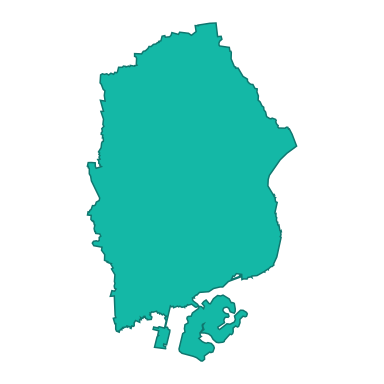 Kota Denpasar, Bali, Indonesia
{"feature_id": "22746128B89164850776530", "entity_name": "Kota Denpasar", "entity_type": "district", "adm_level": 2, "iso_a3": "IDN", "parent_name": "Indonesia", "parent_adm1": "Bali", "projection": "orthographic", "projection_center": [115.218, -8.672], "detail": "fine", "context": "isolated", "style": "filled", "palette": "teal", "viewbox_px": 384, "rotation_deg": 0, "n_neighbors": 0, "source": "geoboundaries", "source_scale": "gbopen_adm2", "svg_char_len": 5994}
<svg xmlns="http://www.w3.org/2000/svg" viewBox="0 0 384 384"><path d="M115.7,323.7L115.7,329.2L116.5,331.1L119.2,332.2L119.4,331.4L118.6,331.1L119.6,330.9L120.5,329.5L121.8,329.8L121.7,328.7L123.3,328.2L122.8,327.5L126.7,326.9L126.8,326.0L127.6,326.1L127.8,327.1L128.9,326.5L130.4,326.9L130.1,328.0L131.0,328.5L131.9,325.9L133.3,326.4L134.2,325.8L134.2,322.8L135.6,320.5L139.7,322.3L139.6,319.5L141.2,319.7L140.7,317.7L141.7,318.6L142.0,318.1L142.9,318.3L143.0,317.3L144.2,317.3L144.0,316.4L144.9,316.3L145.7,318.4L147.1,319.0L147.3,319.8L151.3,319.4L151.9,317.0L149.8,314.9L150.6,314.5L150.0,313.0L150.9,313.0L151.7,311.9L153.0,312.2L156.6,311.2L157.6,313.1L158.9,312.6L159.7,314.0L160.7,313.3L162.3,314.9L163.6,314.1L165.2,315.9L166.6,316.2L164.7,318.0L166.2,320.8L164.5,328.1L159.3,326.7L158.3,327.2L158.2,328.0L153.7,327.0L153.1,329.4L158.7,330.8L157.8,334.9L158.6,335.6L157.4,336.2L156.9,337.4L154.5,347.3L166.2,348.8L165.4,348.4L165.6,346.3L163.9,346.1L163.5,345.1L163.7,344.0L166.6,344.7L169.7,332.1L169.9,330.1L168.4,329.5L167.4,327.3L165.4,327.1L170.4,305.9L171.4,306.8L173.1,306.3L173.6,307.7L177.6,306.1L178.7,306.9L179.8,306.2L181.9,307.3L184.2,306.9L184.7,307.4L184.9,306.3L186.4,306.4L187.5,304.7L188.2,305.1L191.7,304.2L195.4,307.1L196.9,307.1L198.0,306.1L199.0,306.9L198.5,308.5L192.4,313.0L191.2,316.2L188.4,316.4L187.2,317.2L186.9,318.8L188.0,321.1L188.0,323.0L185.0,324.7L184.4,328.7L185.0,332.0L182.7,333.6L179.0,349.0L179.5,351.2L182.0,353.3L193.2,356.3L196.5,357.6L201.1,361.0L202.5,361.0L204.6,359.2L204.4,355.9L209.8,352.0L210.8,352.6L212.9,351.9L214.3,348.0L213.6,345.9L211.4,343.5L207.9,342.6L206.4,343.2L204.7,342.8L202.1,341.5L198.8,338.4L201.3,336.4L200.4,335.9L199.9,333.0L202.9,329.0L202.2,325.5L202.5,324.4L203.9,323.7L202.6,325.7L203.9,329.6L200.7,332.1L200.9,332.9L204.8,333.0L208.5,333.9L211.2,336.0L213.1,339.4L216.4,342.3L218.6,342.7L222.9,342.2L224.2,341.5L224.5,340.3L229.9,334.2L231.5,334.6L232.6,333.6L233.2,331.8L233.1,328.1L235.6,326.0L237.6,327.0L238.6,326.4L240.0,322.7L239.9,319.4L243.0,316.2L245.2,316.8L246.5,316.2L247.3,313.9L246.5,312.4L243.1,310.3L240.5,310.2L234.5,316.0L235.4,319.7L234.2,322.1L230.1,324.2L226.9,323.8L219.6,329.5L218.4,328.8L217.8,327.1L224.5,322.7L223.8,320.0L224.8,317.8L225.8,317.2L228.1,317.3L229.0,316.3L228.3,314.0L225.4,313.3L223.6,311.7L222.8,310.2L223.3,308.8L224.2,307.7L226.9,307.1L228.8,308.3L230.2,311.8L234.2,313.2L235.1,311.6L235.3,309.1L234.3,303.4L232.7,302.6L231.2,302.7L229.2,298.9L223.0,295.1L220.6,296.0L217.6,295.5L213.5,298.7L210.4,303.8L209.1,303.6L206.1,300.0L203.8,301.5L202.1,303.6L204.4,306.2L203.6,308.7L201.4,306.7L198.8,306.2L197.5,304.2L193.4,301.2L192.6,300.0L192.5,297.9L194.4,298.0L194.0,296.8L196.4,294.8L196.9,295.1L199.5,292.4L208.8,291.7L213.6,288.5L219.9,287.0L222.8,287.0L228.4,281.5L241.3,276.7L240.2,274.8L239.0,276.7L231.4,279.4L233.0,276.0L234.3,276.3L236.4,273.6L241.7,274.4L241.9,279.6L243.6,278.9L247.1,279.0L248.0,277.4L251.0,276.9L251.9,277.5L251.5,276.4L252.1,276.0L257.0,275.6L263.8,271.8L264.7,272.1L264.6,271.4L266.5,270.0L267.5,269.3L268.3,269.7L268.3,269.0L270.8,266.7L272.1,266.5L273.9,265.0L273.5,264.1L276.8,257.0L281.1,237.3L280.2,236.7L281.0,234.8L280.6,232.2L281.4,231.9L281.1,230.7L280.7,231.2L279.9,230.5L278.9,225.0L278.3,225.4L277.7,224.5L277.7,222.2L276.9,221.9L276.4,219.9L276.7,217.6L275.9,216.6L276.0,213.5L275.3,213.7L274.9,212.9L277.2,202.4L275.6,201.7L275.0,198.3L275.6,197.7L274.2,196.7L273.7,195.3L274.5,195.1L274.0,194.4L273.3,194.9L267.9,185.9L268.2,179.5L269.4,175.3L280.2,159.8L287.0,153.2L296.6,146.1L292.1,134.3L289.3,128.9L288.6,129.1L287.8,127.3L286.4,127.2L285.0,128.2L278.7,128.0L277.8,127.0L278.2,125.6L276.9,124.5L275.7,121.9L276.2,120.6L275.6,119.4L272.1,118.1L271.1,118.8L269.6,118.5L266.6,116.6L265.6,112.0L263.9,109.8L263.7,107.2L262.0,105.9L260.1,101.9L258.1,100.1L258.4,95.9L256.9,92.0L257.2,88.9L254.9,88.4L252.9,84.5L250.7,84.3L248.8,82.8L247.5,81.2L247.4,79.1L243.0,76.4L238.1,68.1L235.7,68.1L235.6,67.0L234.4,66.7L231.1,58.8L231.3,52.4L230.8,51.2L229.9,51.2L229.3,47.4L219.7,46.0L219.1,45.3L218.9,43.3L219.6,41.3L221.9,39.3L221.1,36.3L217.6,36.6L216.0,23.0L209.7,23.3L198.1,25.1L198.3,25.7L195.2,25.6L196.1,31.6L191.4,35.3L188.6,33.3L179.7,32.2L178.4,34.4L171.9,32.6L171.0,35.4L169.6,36.8L165.3,37.2L164.8,35.6L162.1,36.2L160.9,40.8L158.7,41.4L159.0,42.4L157.3,42.7L155.9,44.0L153.4,44.4L151.2,46.5L149.0,46.5L148.0,48.5L145.3,50.9L143.3,51.3L141.6,53.9L134.6,53.6L134.6,56.4L135.8,56.7L136.6,58.4L136.3,64.0L137.0,65.2L134.7,65.6L134.6,66.2L130.3,65.4L130.1,66.4L129.3,66.7L128.5,66.1L126.0,67.0L125.7,66.4L123.4,66.1L122.4,67.3L118.6,67.3L117.5,71.7L116.7,72.8L114.9,72.3L113.6,74.3L110.9,73.2L108.7,75.0L106.8,73.8L104.4,74.4L102.4,73.8L100.6,74.9L100.1,82.9L101.3,84.3L103.2,89.4L104.9,90.8L104.3,95.4L105.1,101.1L100.4,100.3L103.5,111.3L100.9,111.4L103.5,119.2L102.9,124.5L103.9,126.3L101.8,128.6L102.4,131.4L101.3,132.8L101.2,134.4L102.8,135.0L102.4,137.9L103.2,137.9L103.4,139.8L103.3,141.4L102.3,141.7L101.6,143.1L101.1,147.7L98.5,151.9L99.6,153.0L98.9,154.4L99.9,155.5L99.0,157.1L100.0,159.1L97.8,159.5L98.8,161.1L98.8,163.4L100.0,164.4L99.9,165.5L101.4,166.6L96.2,168.3L95.3,166.3L95.2,162.8L91.0,162.5L88.2,162.6L87.4,166.2L88.4,166.4L88.2,167.7L89.3,168.4L89.3,173.9L90.6,176.1L91.4,180.9L99.7,198.0L99.2,200.5L96.3,202.1L95.4,204.9L94.0,205.7L92.5,205.6L91.1,209.5L89.9,210.3L89.3,212.0L88.1,211.8L87.5,215.0L91.2,215.4L90.9,219.4L91.9,220.7L92.9,220.7L92.9,221.5L93.7,221.6L94.3,224.7L94.9,225.0L94.1,228.6L94.8,231.6L95.4,231.6L95.7,233.4L99.8,234.0L100.8,236.2L99.2,237.4L99.2,240.5L97.9,241.3L96.3,240.8L93.5,241.3L92.3,243.1L93.8,245.7L102.0,247.2L101.5,250.2L104.7,254.6L104.5,260.3L107.7,261.7L107.2,262.1L108.3,262.7L111.3,263.6L110.8,264.1L113.1,268.0L111.5,268.9L114.9,274.7L114.4,281.6L115.0,283.3L114.2,286.0L114.6,288.2L116.0,289.0L114.6,291.2L111.9,290.6L110.3,296.3L114.3,296.0L115.1,315.2L115.8,317.6L113.3,318.3L114.9,323.8L115.7,323.7Z" fill="#14b8a6" stroke="#0f766e" stroke-width="1.5"/></svg>